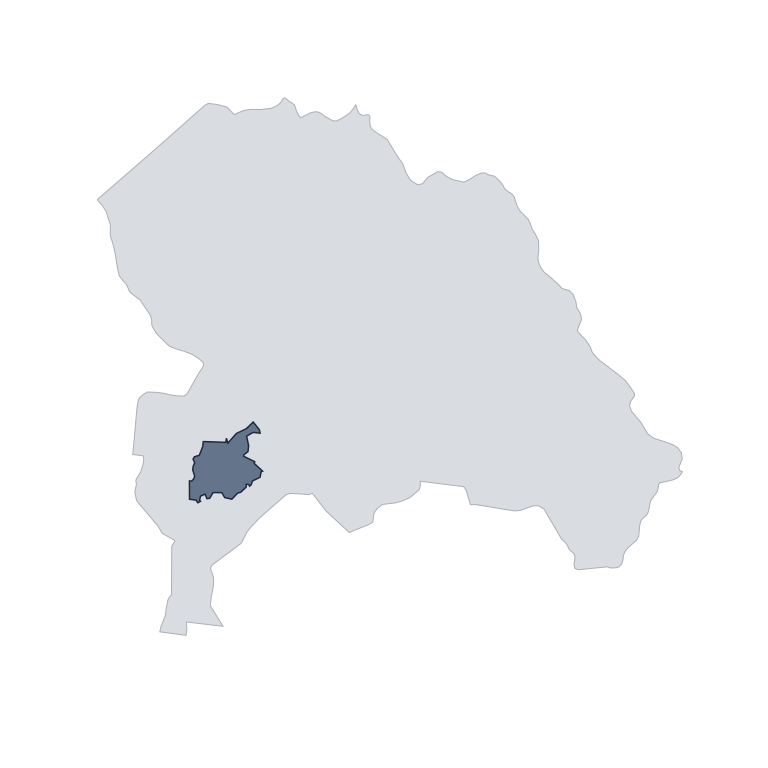 Baliet, Upper Nile, South Sudan (highlighted), rotated 187°
{"feature_id": "79223893B13684678916358", "entity_name": "Baliet", "entity_type": "district", "adm_level": 2, "iso_a3": "SSD", "parent_name": "South Sudan", "parent_adm1": "Upper Nile", "projection": "robinson", "projection_center": [32.373, 9.407], "detail": "fine", "context": "in_parent", "style": "filled", "palette": "slate", "viewbox_px": 768, "rotation_deg": 187, "n_neighbors": 0, "source": "geoboundaries", "source_scale": "gbopen_adm2", "svg_char_len": 4479}
<svg xmlns="http://www.w3.org/2000/svg" viewBox="0 0 768 768"><g transform="rotate(187 384 384)"><path d="M619.5,611.9L596.9,637.5L595.4,639.1L592.6,641.1L583.4,641.1L574.0,639.8L565.4,633.2L556.6,638.4L551.0,640.0L547.6,640.6L539.8,641.4L528.8,644.1L523.8,647.6L521.1,650.3L518.8,655.3L517.7,655.8L515.7,655.2L512.9,653.2L507.0,650.3L504.0,644.0L501.3,640.1L499.0,638.1L489.7,644.4L485.2,645.9L481.4,645.8L474.7,642.2L467.2,639.1L463.3,639.2L457.6,643.0L451.0,648.7L447.6,654.3L446.0,657.6L443.7,652.5L441.5,649.3L438.3,648.0L432.0,649.3L430.5,647.5L430.2,643.1L429.3,639.1L427.7,636.0L422.9,633.0L410.4,626.9L400.8,614.6L396.0,608.9L392.4,605.2L387.5,595.6L381.8,588.9L374.9,585.9L370.3,587.4L365.6,594.5L356.8,601.2L352.7,601.4L347.5,597.8L341.0,595.2L329.2,594.1L324.4,597.2L318.0,602.4L312.7,605.4L309.3,605.8L306.2,604.5L302.7,603.9L299.6,603.8L293.4,599.1L290.1,595.7L288.0,592.4L284.4,590.1L280.3,588.3L277.3,585.3L275.9,581.7L273.5,576.9L270.5,572.7L260.9,565.1L258.1,560.6L256.1,556.2L252.2,551.4L248.0,544.9L246.7,535.4L246.6,527.8L245.7,524.3L243.9,520.7L241.9,517.7L238.5,514.4L230.8,509.5L222.7,503.8L218.9,500.5L211.5,499.3L207.2,496.0L203.5,488.9L202.0,483.2L198.3,478.8L196.7,475.5L195.9,471.8L198.8,460.6L194.6,456.6L188.3,451.4L183.7,445.7L181.0,440.5L172.8,433.6L155.1,423.4L144.8,416.8L139.2,410.9L134.4,405.2L133.9,402.8L137.1,397.0L137.6,392.3L135.0,387.1L124.4,377.2L115.9,366.4L109.5,363.0L94.0,360.0L89.6,358.8L85.0,356.8L80.4,351.9L78.9,346.1L81.2,336.9L79.8,334.1L77.1,333.3L77.9,331.4L80.8,326.9L85.6,324.0L98.4,319.4L99.1,317.7L99.4,311.9L100.5,309.1L104.9,301.1L105.5,297.9L105.8,291.2L106.4,288.0L107.6,285.7L111.2,281.7L112.4,279.3L113.0,274.1L112.6,263.8L114.4,259.7L122.5,250.4L124.7,246.2L125.5,242.5L125.4,238.7L125.9,234.9L128.3,231.3L130.4,230.1L136.3,229.0L140.4,229.7L168.7,223.3L172.0,224.2L173.4,228.0L173.3,234.0L173.7,237.0L175.2,239.1L179.7,241.9L182.8,246.8L184.4,248.5L189.0,251.8L209.9,279.4L215.8,282.0L221.6,281.1L233.0,275.3L238.8,273.9L278.7,275.5L283.2,274.7L283.5,274.8L289.5,288.6L292.4,291.8L336.3,291.9L335.5,288.0L336.0,283.6L343.8,275.1L344.9,274.1L351.7,270.1L358.3,267.4L371.0,264.2L375.7,259.2L378.2,254.6L378.3,245.6L380.0,244.1L383.1,242.0L397.8,234.0L400.3,232.3L426.2,251.0L440.8,265.8L441.7,266.5L442.4,266.8L443.2,266.3L443.9,265.6L445.6,265.0L451.9,264.8L463.7,264.0L467.6,262.3L491.3,235.8L497.3,227.4L498.8,225.7L502.3,219.7L505.9,209.3L506.6,208.2L532.5,183.4L533.5,181.4L533.7,179.9L529.8,171.5L529.0,167.3L528.8,160.8L529.6,150.6L529.3,144.2L528.9,142.5L528.8,142.1L514.3,123.9L550.8,123.7L550.9,121.4L550.8,120.7L550.1,118.5L549.7,115.6L549.7,114.0L549.9,112.5L549.9,111.7L549.8,110.9L549.9,110.6L550.0,110.4L576.3,110.7L575.9,115.9L572.7,128.0L572.8,135.3L572.1,143.6L571.2,146.0L569.8,148.0L569.4,149.0L569.3,149.9L574.8,196.4L574.4,198.3L573.0,201.2L572.6,202.2L572.5,202.9L573.1,203.4L585.2,208.5L585.8,208.8L586.3,209.2L590.7,215.2L614.5,237.2L615.4,238.3L617.8,245.2L618.1,246.3L618.2,247.9L618.1,249.2L617.5,253.4L617.7,255.3L618.2,256.5L618.5,257.9L618.5,258.3L618.3,259.4L614.7,267.4L613.6,273.1L613.2,277.9L613.4,280.6L613.8,282.4L614.2,283.1L614.5,283.4L624.8,283.4L624.8,286.0L626.2,327.9L626.2,332.6L625.8,338.5L624.6,340.9L621.7,344.2L618.0,347.2L608.7,348.0L601.0,347.9L595.5,347.2L588.0,347.0L580.9,347.6L578.3,350.2L569.0,372.5L566.1,378.1L565.4,381.3L566.2,383.3L569.9,386.1L577.9,390.0L587.1,392.3L593.9,393.3L598.6,394.4L602.2,395.7L615.3,405.8L619.4,410.5L621.8,414.6L622.3,419.1L624.2,423.6L636.1,437.5L647.4,444.1L651.8,451.5L656.0,455.1L659.9,459.0L662.1,464.8L667.0,481.6L670.3,490.4L673.7,497.6L675.1,509.3L677.8,514.5L680.5,520.9L685.1,526.6L690.0,531.0L690.9,532.2L641.8,586.8L619.5,611.9Z" fill="#d9dde1" stroke="#a8b0b8" stroke-width="1"/><path d="M533.8,311.0L533.9,306.8L553.5,305.1L556.4,304.8L556.3,299.9L558.6,290.8L563.2,288.7L564.4,286.2L562.3,282.8L563.4,279.0L563.4,275.4L560.7,269.6L561.3,266.6L563.2,264.2L565.3,264.1L563.0,245.9L556.5,245.8L554.2,243.4L551.8,245.3L552.9,246.1L552.4,250.3L548.2,252.9L545.8,248.6L543.1,249.3L540.4,255.4L531.7,256.4L528.3,251.9L521.0,251.1L516.0,257.8L513.0,259.1L508.2,264.9L508.6,267.6L506.0,267.8L505.0,266.2L503.6,267.6L503.0,270.2L502.9,271.6L495.7,276.3L495.2,282.0L493.9,282.7L503.2,289.4L502.8,291.1L514.5,295.2L514.6,296.5L510.8,300.3L510.8,306.1L514.0,315.5L508.0,320.0L501.0,320.1L502.1,323.4L509.2,330.3L515.3,322.8L524.5,316.9L531.8,306.3L533.8,311.0Z" fill="#64748b" stroke="#1e293b" stroke-width="1.5"/></g></svg>